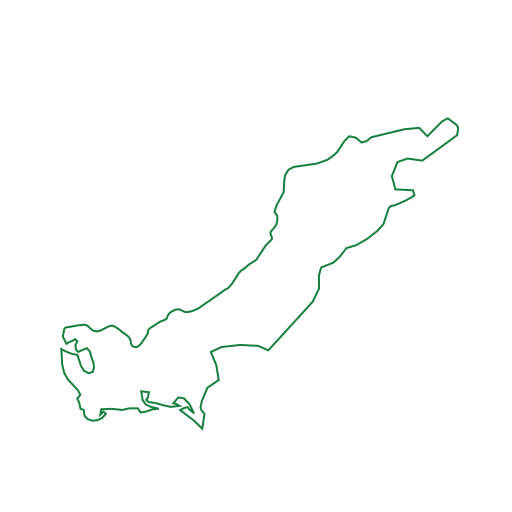 SVG path tracing the border of Rovigo, rotated 135°
{"feature_id": "ITA-5462", "entity_name": "Rovigo", "entity_type": "Province", "adm_level": 1, "iso_a3": "ITA", "parent_name": "Italy", "parent_adm1": "", "projection": "equal_earth", "projection_center": [12.098, 44.979], "detail": "fine", "context": "isolated", "style": "outline", "palette": "green", "viewbox_px": 512, "rotation_deg": 135, "n_neighbors": 0, "source": "natural_earth", "source_scale": "10m", "svg_char_len": 2789}
<svg xmlns="http://www.w3.org/2000/svg" viewBox="0 0 512 512"><g transform="rotate(135 256 256)"><path d="M416.1,171.9L416.3,183.7L418.6,200.7L415.1,199.6L411.2,197.6L411.6,194.6L411.2,190.2L411.2,188.4L407.8,198.3L407.6,206.4L411.0,210.9L418.6,210.3L417.5,208.6L416.9,207.2L416.0,204.1L423.0,209.6L427.2,216.1L430.8,222.8L435.3,228.8L435.3,231.9L432.6,232.4L431.1,233.2L430.0,234.2L428.0,235.3L432.8,241.5L437.9,234.5L438.9,228.9L436.9,223.4L432.7,216.7L437.8,220.9L444.1,223.9L448.3,227.0L447.3,231.9L452.8,237.4L455.6,239.4L459.2,241.5L466.3,250.1L473.8,257.1L478.3,253.8L477.2,253.7L474.8,254.0L473.8,253.8L473.8,250.5L479.5,250.3L484.5,252.1L488.3,255.4L490.5,260.0L490.2,264.2L486.7,269.1L488.1,272.1L485.2,276.5L484.1,278.9L483.1,281.7L481.0,281.7L478.3,282.1L476.9,287.0L476.3,301.7L474.3,308.9L469.7,316.4L459.4,327.9L458.9,325.8L457.3,321.3L455.0,316.3L452.2,312.4L457.5,302.0L458.8,296.3L457.1,291.3L453.2,289.5L449.2,291.9L446.2,295.7L445.0,298.7L441.0,306.1L440.8,310.5L449.6,314.0L449.3,317.4L446.7,320.7L442.7,322.0L442.7,325.1L445.1,325.6L449.5,327.4L452.2,327.9L449.5,335.7L443.1,340.0L441.5,340.1L441.4,340.1L431.0,332.9L426.2,329.0L425.3,327.8L424.6,326.4L424.4,324.6L424.3,320.7L424.0,319.0L423.4,317.5L422.6,316.2L421.6,315.1L420.3,314.1L418.3,313.1L410.5,310.6L408.0,309.3L406.5,307.8L405.9,306.3L405.5,304.7L404.8,301.3L404.4,296.4L403.4,291.4L403.3,289.7L403.4,287.9L403.9,286.2L404.6,284.8L406.4,282.2L406.9,280.8L407.0,279.3L406.4,278.0L405.6,276.7L404.5,275.8L402.2,275.3L399.0,275.3L389.7,277.1L387.4,277.8L386.2,278.6L385.3,279.3L384.5,279.9L382.0,279.9L370.8,277.5L364.9,275.1L363.3,274.9L360.9,276.1L358.6,276.7L355.7,276.6L351.1,275.1L349.0,273.6L347.7,272.0L346.2,267.5L345.4,266.2L344.4,265.0L340.4,262.3L334.4,259.8L300.7,253.8L299.1,253.1L296.4,253.0L292.8,253.3L279.6,256.2L277.1,256.2L272.7,255.3L267.2,255.0L258.4,253.1L241.6,256.6L233.1,256.6L231.8,257.6L229.8,261.8L228.4,262.8L222.8,263.1L218.8,264.1L215.7,266.1L212.7,269.3L211.6,274.3L205.5,277.3L191.2,281.6L183.0,289.1L178.2,292.6L171.9,294.0L166.3,292.3L147.9,278.5L137.9,273.7L132.5,272.5L125.2,272.1L111.7,274.8L105.4,274.7L101.8,269.2L101.0,261.5L96.4,259.0L90.4,258.4L61.3,240.6L50.0,231.2L50.1,219.5L29.2,219.6L23.2,217.8L22.9,216.9L21.5,206.8L21.7,205.3L22.3,204.0L23.3,202.9L28.3,199.2L71.0,205.9L79.9,217.7L89.5,222.4L103.5,216.4L110.3,204.5L98.5,191.4L100.5,187.9L101.1,186.8L110.5,189.2L122.0,193.7L125.4,196.1L128.3,196.0L143.3,188.4L152.8,188.0L165.3,189.5L177.5,192.8L186.4,197.6L197.3,196.3L205.8,196.5L218.0,201.8L225.1,197.9L234.5,188.4L248.2,183.6L290.7,181.6L314.0,180.6L318.0,190.9L330.2,204.4L344.7,216.0L355.8,220.1L361.2,207.0L370.0,194.7L383.7,197.2L396.9,191.7L402.0,188.4L403.5,185.9L404.1,180.7L416.1,171.9Z" fill="none" stroke="#15803d" stroke-width="2"/></g></svg>